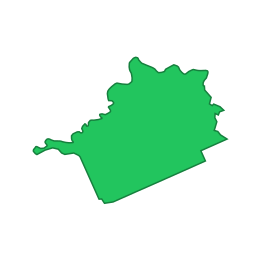 the district of Bryan, Oklahoma, United States of America, rotated 156°
{"feature_id": "52423323B7757508729966", "entity_name": "Bryan", "entity_type": "district", "adm_level": 2, "iso_a3": "USA", "parent_name": "United States of America", "parent_adm1": "Oklahoma", "projection": "robinson", "projection_center": [-96.193, 33.922], "detail": "fine", "context": "isolated", "style": "filled", "palette": "green", "viewbox_px": 256, "rotation_deg": 156, "n_neighbors": 0, "source": "geoboundaries", "source_scale": "gbopen_adm2", "svg_char_len": 2671}
<svg xmlns="http://www.w3.org/2000/svg" viewBox="0 0 256 256"><g transform="rotate(156 128 128)"><path d="M42.0,77.6L46.3,84.1L47.4,88.3L50.2,90.7L44.3,97.6L44.5,102.1L42.5,105.8L40.2,103.2L37.8,105.5L33.3,105.2L35.3,110.0L40.0,115.0L42.0,114.2L43.8,116.9L39.6,122.2L42.5,131.5L41.2,135.1L41.3,135.1L41.9,136.0L41.9,136.6L41.4,137.8L40.9,138.8L39.3,140.2L38.3,140.8L36.1,141.8L33.1,145.1L32.4,146.2L32.2,146.6L32.1,147.4L32.3,148.0L33.6,149.0L38.4,150.9L40.2,151.8L41.5,152.6L44.6,154.9L46.1,155.0L49.4,154.9L53.4,153.9L54.2,154.1L54.7,154.4L55.3,155.1L56.2,156.9L56.9,159.1L57.1,160.2L57.1,163.1L57.9,164.7L60.1,166.8L60.5,167.1L63.6,166.9L69.5,166.4L70.1,166.1L71.4,165.0L71.9,164.8L74.5,165.1L75.8,165.5L77.5,166.1L78.1,166.9L78.6,168.0L78.9,168.7L79.5,170.9L80.6,172.6L81.7,173.9L85.9,178.2L86.9,179.3L89.1,181.6L89.7,183.1L90.5,185.8L90.5,187.6L90.7,188.2L92.1,189.4L93.7,189.6L95.0,189.4L99.7,187.3L100.2,186.9L100.6,186.3L102.1,183.3L102.8,180.8L102.9,179.0L102.7,176.9L103.0,175.3L103.7,172.7L103.9,172.0L105.4,169.1L106.0,168.7L109.3,167.8L110.9,168.1L115.6,170.6L119.8,173.5L121.7,173.6L126.2,172.4L127.0,172.1L129.1,171.3L131.0,170.2L131.8,169.4L132.9,167.7L134.3,162.8L134.5,160.9L133.5,160.4L132.7,160.0L132.1,159.7L131.6,159.4L131.2,158.5L130.8,157.1L131.3,156.2L131.5,156.1L134.0,155.4L137.0,155.4L137.4,154.9L136.8,151.5L137.1,150.5L137.6,150.0L139.6,149.6L143.1,149.4L144.1,150.0L145.9,151.4L147.2,151.8L148.2,151.9L148.6,151.3L148.6,150.0L148.3,148.8L147.9,148.3L147.8,147.9L147.8,147.7L148.1,147.3L151.4,147.7L156.0,149.0L157.8,149.9L159.3,150.3L161.8,149.1L163.1,146.6L163.5,146.2L164.4,146.3L165.1,146.6L165.2,147.0L165.0,147.8L165.1,148.6L165.3,148.9L165.7,149.3L168.8,148.0L170.3,146.5L170.5,146.2L170.5,145.4L170.4,143.9L170.7,143.0L171.3,142.6L171.8,142.4L172.4,142.4L173.4,143.0L174.1,144.4L176.0,145.1L180.5,145.0L182.1,144.2L182.8,143.8L183.8,141.4L184.1,140.2L184.1,139.3L184.0,138.9L183.8,138.3L183.7,137.7L183.9,137.2L184.1,137.1L186.9,138.0L188.3,138.7L190.7,140.1L193.3,142.0L194.6,143.2L195.9,144.0L200.7,146.2L202.8,148.1L203.7,149.2L204.1,149.7L205.0,150.3L205.5,150.6L206.7,150.7L207.5,150.4L208.7,149.7L209.2,149.3L209.5,148.7L209.6,148.2L209.4,147.2L209.2,146.6L209.0,145.4L209.0,145.1L209.2,144.6L212.6,143.8L213.5,143.9L215.9,144.8L216.4,145.1L218.9,148.1L219.6,148.4L219.8,148.4L221.7,147.3L222.9,146.8L223.7,145.8L223.9,145.1L223.0,142.1L222.3,141.3L222.0,140.8L212.6,141.5L204.9,140.5L200.3,137.0L198.8,132.2L196.5,129.6L187.7,127.2L184.1,122.9L183.5,121.1L183.4,74.8L180.9,73.8L180.1,68.8L171.7,66.5L147.5,66.5L115.6,66.4L80.8,66.4L70.7,66.4L70.7,77.6L42.0,77.6Z" fill="#22c55e" stroke="#15803d" stroke-width="1.5"/></g></svg>